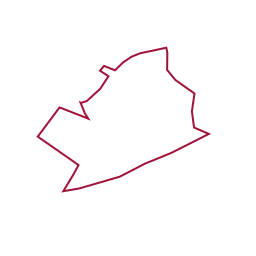 the district of Gangseo-gu, Seoul, South Korea, rotated 123°
{"feature_id": "91817680B75936691302089", "entity_name": "Gangseo-gu", "entity_type": "district", "adm_level": 2, "iso_a3": "KOR", "parent_name": "South Korea", "parent_adm1": "Seoul", "projection": "mercator", "projection_center": [126.819, 37.555], "detail": "fine", "context": "isolated", "style": "outline", "palette": "rose", "viewbox_px": 256, "rotation_deg": 123, "n_neighbors": 0, "source": "geoboundaries", "source_scale": "gbopen_adm2", "svg_char_len": 527}
<svg xmlns="http://www.w3.org/2000/svg" viewBox="0 0 256 256"><g transform="rotate(123 128 128)"><path d="M62.9,91.0L61.9,114.4L58.0,126.8L43.3,136.1L39.8,139.6L58.8,158.6L66.5,164.0L75.8,167.9L86.7,170.3L89.0,181.9L95.2,182.7L95.2,172.6L101.4,172.6L110.0,172.6L127.8,177.2L132.5,181.1L132.6,181.6L139.4,171.8L141.8,166.4L148.0,196.6L184.4,199.0L186.0,149.3L196.1,148.5L216.2,147.8L205.4,136.1L173.3,108.4L148.4,94.2L125.4,78.2L89.0,57.0L91.6,72.9L79.2,83.5L62.9,91.0Z" fill="none" stroke="#9f1239" stroke-width="2"/></g></svg>